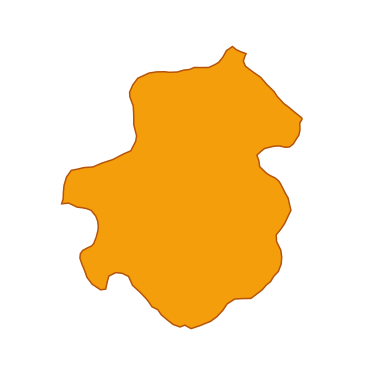 Saatly District, Saatlı, Azerbaijan (Mercator projection), rotated 67°
{"feature_id": "54616110B939777630101", "entity_name": "Saatly District", "entity_type": "district", "adm_level": 2, "iso_a3": "AZE", "parent_name": "Azerbaijan", "parent_adm1": "Saatlı", "projection": "mercator", "projection_center": [48.463, 39.842], "detail": "fine", "context": "isolated", "style": "filled", "palette": "amber", "viewbox_px": 384, "rotation_deg": 67, "n_neighbors": 0, "source": "geoboundaries", "source_scale": "gbopen_adm2", "svg_char_len": 1783}
<svg xmlns="http://www.w3.org/2000/svg" viewBox="0 0 384 384"><g transform="rotate(67 192 192)"><path d="M85.8,88.1L82.4,91.9L78.2,95.7L73.9,97.9L75.3,105.0L80.1,111.1L83.1,116.9L83.7,121.4L83.9,128.0L80.9,135.2L78.3,141.2L78.2,146.7L76.6,151.9L75.8,158.7L73.0,166.0L70.5,170.4L67.5,177.9L65.7,185.2L66.1,197.5L70.3,204.7L75.7,210.4L79.9,212.0L89.9,212.5L98.2,215.5L107.3,219.3L118.8,221.1L123.4,224.1L130.2,232.3L130.2,239.8L131.2,252.4L130.2,263.1L130.2,273.5L127.3,281.9L126.3,288.0L124.9,294.7L129.3,301.8L135.9,307.2L141.6,310.3L148.0,313.3L151.9,316.6L152.1,316.1L154.0,309.9L157.0,307.2L161.0,303.7L163.6,299.2L166.1,295.5L169.4,292.1L176.5,290.0L182.0,290.2L187.0,291.7L187.5,291.9L191.2,294.0L196.0,297.7L200.8,302.3L202.4,305.3L202.6,310.3L203.1,315.4L205.2,318.9L209.0,321.0L214.8,321.5L221.3,321.5L229.7,322.0L237.9,319.9L246.3,314.4L247.7,309.4L241.3,304.9L236.9,301.4L236.4,293.8L239.5,288.1L244.9,283.4L254.7,283.2L263.4,279.2L272.1,275.9L276.1,274.8L282.0,273.7L286.9,269.5L293.2,268.2L301.6,263.9L306.7,261.0L311.6,255.7L311.7,250.7L317.4,246.2L318.1,237.4L318.3,225.4L316.6,218.1L313.0,209.9L308.8,203.5L307.2,194.6L309.7,187.5L313.0,179.3L309.4,165.4L306.7,160.1L305.2,154.7L301.7,150.0L298.9,143.6L293.1,138.0L287.1,134.9L280.4,133.0L270.6,133.5L264.3,131.2L260.9,124.7L257.0,118.8L250.4,111.4L247.5,108.1L235.0,105.9L229.6,106.6L223.0,107.0L216.5,107.6L211.7,109.9L207.0,114.0L203.3,116.4L195.1,119.8L189.3,118.2L183.5,117.9L181.6,112.8L180.3,108.1L181.8,99.0L183.7,93.6L187.5,88.3L188.6,84.6L187.3,79.9L184.2,75.6L181.6,71.6L177.3,68.5L170.7,65.9L168.0,62.3L166.7,62.0L157.2,67.1L152.4,69.5L146.3,73.0L137.0,76.3L131.7,77.2L122.1,81.2L113.5,83.9L103.9,89.8L97.0,93.7L91.5,93.6L87.2,89.8L85.8,88.1Z" fill="#f59e0b" stroke="#b45309" stroke-width="1.5"/></g></svg>